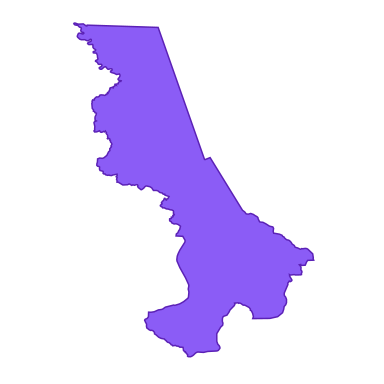 outline of Tiwintza, Morona Santiago, Ecuador, rotated 272°
{"feature_id": "8360857B5800321951611", "entity_name": "Tiwintza", "entity_type": "district", "adm_level": 2, "iso_a3": "ECU", "parent_name": "Ecuador", "parent_adm1": "Morona Santiago", "projection": "natural_earth1", "projection_center": [-77.964, -2.98], "detail": "fine", "context": "isolated", "style": "filled", "palette": "violet", "viewbox_px": 384, "rotation_deg": 272, "n_neighbors": 0, "source": "geoboundaries", "source_scale": "gbopen_adm2", "svg_char_len": 5921}
<svg xmlns="http://www.w3.org/2000/svg" viewBox="0 0 384 384"><g transform="rotate(272 192 192)"><path d="M128.1,316.0L129.6,315.4L130.6,315.5L134.4,314.8L138.8,309.9L139.4,308.8L139.6,307.5L139.4,305.7L139.1,304.9L139.3,303.6L138.6,302.6L138.7,302.0L139.8,299.5L140.4,297.0L142.1,296.1L143.5,293.9L145.1,292.9L146.5,291.5L147.2,290.4L147.6,288.3L147.9,287.8L149.2,286.2L150.2,285.6L150.9,284.1L151.9,283.5L152.9,280.9L153.5,276.8L153.6,275.1L155.4,274.5L158.5,274.8L159.9,274.0L160.6,270.6L162.8,266.9L164.2,263.9L164.3,261.5L164.6,260.6L167.3,259.1L168.7,258.8L169.6,257.9L170.7,255.7L171.7,254.2L172.6,251.4L171.8,249.0L172.0,246.9L173.9,245.4L175.5,243.1L227.0,208.9L224.7,203.6L224.4,203.6L355.3,152.4L355.1,81.4L354.4,81.3L354.3,80.9L354.3,80.4L356.2,77.5L355.8,72.9L356.1,71.2L356.7,69.7L356.7,68.4L356.0,68.0L354.9,69.2L354.5,72.1L352.9,73.7L352.4,75.3L351.3,75.7L349.7,75.2L348.7,75.5L347.8,76.7L347.6,78.0L347.0,78.4L346.3,77.9L346.1,77.2L346.9,74.4L346.7,73.3L346.4,72.9L344.5,72.1L343.5,71.9L342.7,72.3L340.8,74.5L340.3,76.2L340.5,79.5L339.7,81.3L339.5,82.4L339.9,83.6L341.1,85.0L340.9,86.0L340.1,86.1L339.0,85.7L337.7,82.9L336.6,82.5L335.7,83.8L336.0,87.5L335.5,87.8L333.0,88.0L331.9,88.9L330.9,90.7L330.3,90.7L329.6,90.3L328.9,88.6L328.5,88.3L327.6,88.6L327.4,91.7L325.2,92.7L323.5,92.8L321.7,93.4L320.9,92.8L320.0,91.1L319.3,91.0L318.2,92.9L316.5,93.9L316.3,94.7L316.5,96.8L315.8,97.5L315.3,97.6L314.3,97.1L313.3,95.3L312.8,94.9L312.0,95.2L311.5,96.2L311.6,97.5L313.8,99.9L314.2,100.9L314.0,101.5L311.9,103.4L311.7,104.2L312.3,106.2L312.3,107.5L311.3,108.0L310.7,107.6L310.0,106.4L309.1,106.4L308.5,107.6L307.9,110.2L306.8,112.5L307.4,115.4L306.2,116.0L305.3,115.9L303.9,115.3L302.8,114.3L301.8,114.2L300.9,115.3L300.7,117.3L300.0,117.0L300.0,116.0L298.9,114.6L297.6,114.5L297.1,112.0L296.1,112.5L296.6,111.2L295.4,111.2L294.2,109.3L293.5,109.8L293.3,109.7L293.7,108.2L293.2,106.6L292.5,106.3L292.2,106.6L290.4,105.7L289.3,105.5L288.5,104.2L287.6,104.5L287.5,103.7L286.5,103.4L286.6,102.7L285.8,102.1L285.5,101.4L285.8,100.0L285.9,97.6L285.4,96.3L284.7,96.2L284.0,95.5L283.7,94.6L283.7,93.1L281.7,91.1L280.6,91.2L280.4,90.7L280.6,89.5L279.2,88.9L278.3,89.2L277.1,88.8L272.0,89.4L270.6,90.7L269.3,90.6L268.9,91.9L267.9,92.2L267.4,93.7L265.9,93.5L264.0,92.6L262.3,92.4L261.7,92.7L260.5,92.5L259.7,93.9L258.7,92.0L257.8,91.6L254.1,92.6L251.7,92.5L250.5,92.7L250.0,92.0L249.3,92.0L248.6,92.6L248.7,94.3L249.1,95.6L250.0,97.5L248.7,98.4L248.5,99.7L249.5,101.7L249.0,102.3L249.8,103.2L249.3,103.3L248.6,104.4L247.5,104.2L245.8,105.7L244.4,105.7L243.6,106.1L242.5,105.5L242.1,106.0L242.5,107.2L242.2,107.9L241.5,108.2L240.9,108.0L240.2,108.8L239.3,108.7L238.3,109.7L237.1,110.3L235.1,109.4L234.4,109.9L232.4,108.3L230.5,108.5L229.2,107.2L225.6,105.6L223.0,102.6L222.5,101.2L222.7,98.5L221.8,96.5L218.4,96.4L217.2,96.0L215.4,95.9L214.5,96.7L214.2,98.2L213.7,98.8L211.7,98.7L210.3,99.3L209.6,102.3L209.1,102.6L207.5,102.5L206.9,103.4L207.1,104.4L206.2,105.0L205.7,107.1L206.0,108.5L205.7,109.3L205.6,111.1L206.2,112.2L207.2,116.5L206.0,116.7L204.6,115.7L204.1,116.7L202.2,116.2L201.6,116.2L201.2,116.7L199.2,116.7L199.2,118.0L196.6,122.6L197.0,127.3L197.8,128.8L197.7,129.5L196.5,131.6L197.1,132.6L196.7,134.3L197.4,136.0L197.3,137.3L196.6,137.7L195.6,137.5L194.6,138.1L192.5,141.0L192.6,141.6L194.0,143.5L195.6,144.7L196.4,145.9L196.4,146.6L195.8,149.8L194.7,151.6L192.2,153.4L192.3,156.3L192.0,157.8L190.4,159.9L189.9,162.4L189.1,162.9L188.8,163.6L188.8,164.9L187.9,165.1L186.7,169.2L184.4,168.1L184.2,167.1L183.1,166.8L183.3,166.1L184.8,165.1L184.7,164.6L182.5,163.8L181.7,162.7L180.1,161.8L179.1,162.5L177.7,160.9L177.1,160.8L176.3,161.7L176.1,162.5L175.1,163.2L175.2,164.9L174.2,166.9L174.1,168.9L173.4,171.1L173.4,172.3L172.6,174.0L171.4,174.3L170.5,174.1L170.1,174.4L169.3,174.2L168.9,175.0L167.9,174.5L167.7,173.7L167.0,173.9L166.4,173.7L166.1,172.2L165.4,172.4L164.8,172.2L164.4,170.6L162.9,170.6L162.0,171.1L161.7,172.2L160.4,172.9L159.4,175.2L159.7,177.2L159.0,179.4L157.4,181.7L154.2,181.0L152.7,180.0L150.8,179.3L149.5,177.8L147.5,177.6L147.4,184.3L143.6,186.7L142.5,186.8L141.4,186.5L133.5,181.9L130.1,180.4L127.4,179.5L124.1,179.2L122.5,179.4L116.0,182.5L105.9,188.6L99.3,191.9L98.0,192.1L94.9,191.6L91.9,192.4L86.7,192.1L85.7,191.6L82.2,187.6L79.8,183.7L78.1,178.8L78.4,177.7L76.0,169.4L73.9,166.7L73.5,165.4L73.0,162.5L71.0,158.4L70.4,155.3L70.4,152.8L66.0,152.8L65.3,152.5L64.0,151.5L63.2,149.7L62.5,149.2L61.8,149.2L61.3,149.8L60.7,149.8L58.4,151.2L56.1,151.2L54.5,151.6L54.1,152.4L53.2,153.3L52.2,155.3L52.4,156.1L52.1,157.7L50.4,159.4L48.9,159.5L48.2,160.8L45.7,163.8L44.6,166.3L44.1,169.6L43.3,170.2L42.5,171.4L41.9,171.7L40.9,173.1L40.7,174.4L39.4,176.0L38.7,176.4L38.2,177.7L37.6,178.1L38.1,180.7L37.5,182.0L37.4,183.8L36.4,185.4L36.6,186.4L36.4,188.5L33.4,189.0L32.2,190.2L32.1,191.0L31.3,191.0L30.9,191.9L30.0,192.4L29.4,193.3L27.7,193.3L27.3,194.0L27.3,196.3L27.9,197.6L29.0,199.1L31.1,201.1L31.8,202.1L32.3,203.3L32.1,209.1L33.2,213.3L34.0,222.5L34.6,223.8L36.6,225.3L37.8,225.3L39.3,224.6L40.8,223.1L43.6,222.0L51.3,221.7L58.0,225.4L59.9,227.3L62.1,227.5L63.2,227.0L64.8,226.8L67.2,226.9L68.5,227.5L69.1,228.4L70.1,231.2L73.3,233.2L75.4,234.1L79.9,238.2L81.4,238.8L82.4,238.4L82.9,242.0L82.4,242.5L82.7,243.2L82.4,244.6L80.7,247.1L80.8,248.3L80.5,249.3L78.6,253.1L77.1,254.4L75.9,254.4L75.2,255.6L72.6,256.9L69.5,257.7L67.6,257.1L68.4,274.3L70.4,282.0L74.5,286.7L77.8,287.7L80.8,288.1L82.6,289.6L84.7,290.3L88.0,290.2L90.3,289.2L91.6,288.0L93.1,287.7L94.4,287.8L102.9,291.1L104.0,290.9L104.8,291.2L105.3,291.8L106.3,292.2L106.4,292.8L105.9,293.5L106.5,294.5L107.1,294.9L107.6,294.9L111.4,292.5L112.8,292.3L112.4,292.9L113.0,297.0L112.7,298.4L113.0,303.5L113.3,304.3L114.3,304.1L115.3,304.6L116.6,304.6L118.1,303.5L120.3,303.6L121.7,303.0L123.0,301.8L123.4,303.2L122.4,303.5L122.8,307.7L126.2,309.0L127.7,310.0L128.1,316.0Z" fill="#8b5cf6" stroke="#5b21b6" stroke-width="1.5"/></g></svg>